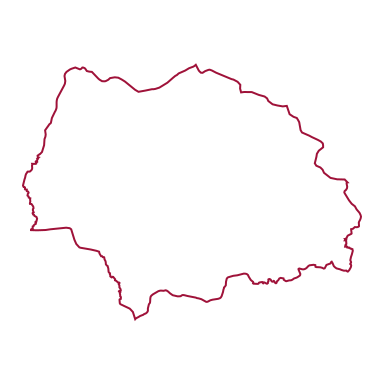 Saravane, Saravan, Laos (orthographic projection)
{"feature_id": "54806243B98474683656009", "entity_name": "Saravane", "entity_type": "district", "adm_level": 2, "iso_a3": "LAO", "parent_name": "Laos", "parent_adm1": "Saravan", "projection": "orthographic", "projection_center": [106.381, 15.692], "detail": "fine", "context": "isolated", "style": "outline", "palette": "rose", "viewbox_px": 384, "rotation_deg": 0, "n_neighbors": 0, "source": "geoboundaries", "source_scale": "gbopen_adm2", "svg_char_len": 5876}
<svg xmlns="http://www.w3.org/2000/svg" viewBox="0 0 384 384"><path d="M296.8,118.0L293.5,116.8L289.6,114.2L286.8,105.9L282.8,106.4L277.5,105.5L272.6,104.3L268.3,101.0L267.1,98.4L264.6,96.5L258.8,94.9L251.8,92.1L244.1,92.0L241.1,92.4L240.1,88.6L240.3,84.8L237.6,81.8L233.5,79.6L231.5,79.1L216.1,72.7L211.7,70.4L209.7,69.7L208.4,69.9L205.2,71.1L202.6,72.8L200.9,72.7L199.4,71.3L198.7,70.4L195.8,64.8L194.4,66.0L193.2,66.7L189.1,68.2L185.1,70.6L178.7,73.4L176.8,75.1L175.4,75.8L173.1,77.7L167.4,82.7L159.4,87.6L155.4,88.9L153.6,89.2L152.0,89.2L145.2,90.6L138.5,91.8L135.1,89.8L124.9,81.5L121.7,79.5L118.3,77.7L114.8,77.3L110.1,78.1L108.2,79.8L105.9,81.0L104.9,81.3L102.1,81.2L99.6,79.7L98.4,78.7L91.9,71.9L89.1,71.6L86.8,71.0L85.4,68.9L84.6,68.1L83.0,67.5L82.4,67.5L81.4,68.6L80.5,69.2L79.8,69.3L75.3,67.5L71.4,68.8L69.9,69.5L66.5,71.9L65.0,73.9L64.5,76.0L65.3,81.0L64.9,83.7L64.1,85.5L58.1,96.7L57.2,98.6L56.8,100.2L56.6,102.0L56.6,106.6L56.5,108.0L56.1,109.3L55.6,110.6L54.9,111.8L51.9,118.0L50.9,122.8L50.5,123.4L49.5,124.1L45.1,130.3L45.7,134.5L45.4,136.7L44.5,139.1L44.1,145.2L42.0,152.0L40.0,154.1L39.5,154.2L38.9,154.8L37.6,155.6L37.8,157.3L38.6,157.5L37.4,158.5L37.9,158.9L37.1,160.0L37.2,161.9L36.9,162.0L36.2,161.2L35.9,161.3L35.7,161.6L35.9,162.5L36.3,163.0L36.2,163.6L35.6,163.9L34.8,163.9L32.1,163.8L32.3,164.8L32.0,165.7L32.2,167.6L32.1,168.9L31.4,170.2L29.8,171.6L27.7,171.6L27.4,171.8L27.2,172.4L26.2,173.7L25.6,175.2L25.1,177.7L24.5,179.4L23.5,183.4L23.0,185.5L23.1,186.0L23.6,186.5L23.7,187.0L24.4,187.0L25.0,187.5L24.9,189.1L25.1,189.4L26.8,189.6L26.7,190.6L26.8,191.1L27.3,191.4L28.1,191.6L28.6,192.6L28.4,193.2L27.8,193.9L27.5,195.6L28.6,196.5L28.7,197.5L29.2,197.7L29.5,198.1L30.3,198.3L30.1,199.5L30.3,201.4L29.9,203.3L30.0,203.9L31.5,204.0L33.1,206.3L33.4,207.1L33.5,208.3L32.9,209.1L32.9,210.5L33.7,212.4L33.3,212.7L32.7,212.9L32.6,213.3L33.2,214.6L34.0,214.8L34.4,215.8L36.5,217.0L37.1,218.7L36.4,221.4L35.7,221.7L35.4,222.1L35.5,222.6L36.0,222.8L35.7,224.0L34.7,224.4L33.6,225.5L33.5,226.2L32.7,226.5L32.6,227.9L32.8,228.8L32.5,229.0L32.1,228.8L31.2,229.3L31.0,229.6L31.0,230.1L37.0,230.3L45.6,230.0L50.3,229.3L66.2,227.7L69.7,228.2L71.2,229.3L74.4,239.7L76.3,244.0L79.4,247.4L80.8,247.8L90.7,249.5L96.4,250.8L99.1,251.7L99.5,253.5L101.1,256.2L102.1,256.2L102.8,257.1L103.9,257.1L104.2,257.4L104.6,259.6L105.3,260.7L105.7,262.0L105.9,264.3L106.7,265.4L107.7,266.1L107.9,267.2L108.3,268.4L108.6,271.9L109.1,272.6L110.0,273.3L109.8,274.1L110.4,275.6L110.3,276.4L111.6,277.4L112.0,277.3L112.6,276.8L113.2,276.9L115.1,279.2L115.0,280.3L116.3,280.9L117.8,282.3L119.2,282.6L119.5,282.9L119.4,283.3L118.7,283.8L118.7,284.2L119.4,285.4L119.4,287.4L120.4,288.8L120.8,290.3L120.7,290.6L119.2,291.0L118.9,291.3L119.1,291.7L120.3,292.3L119.8,293.7L120.2,294.8L120.2,296.3L120.7,296.7L120.9,297.2L120.8,298.9L119.7,299.3L119.5,299.7L119.8,303.2L120.4,304.2L129.7,308.6L130.6,309.5L132.9,312.0L135.2,319.2L136.0,318.3L138.5,317.0L140.1,316.0L143.2,314.8L144.4,313.9L145.5,313.6L146.5,312.9L147.4,311.9L147.9,310.8L147.9,308.4L148.9,304.3L149.9,302.9L150.1,302.0L150.3,298.4L150.6,296.8L151.3,295.7L153.0,294.3L158.3,291.2L159.9,290.7L161.0,290.6L163.5,290.8L165.7,290.3L166.7,290.6L168.2,291.6L170.0,293.3L172.7,295.2L177.4,296.3L179.3,296.3L180.6,296.2L182.1,295.2L182.9,295.0L184.4,295.2L187.5,296.0L195.8,297.6L196.9,298.1L198.7,298.4L201.4,299.2L206.1,301.8L206.9,301.9L208.1,301.5L210.3,300.3L212.5,299.7L218.2,298.8L219.9,298.2L220.8,297.5L221.6,296.2L223.0,292.0L223.5,289.4L223.9,288.5L224.0,287.5L225.0,286.5L225.8,285.3L226.0,281.8L226.7,278.8L227.4,277.8L228.1,277.3L233.3,275.8L237.3,275.3L243.9,273.6L245.4,273.7L246.7,274.0L247.9,274.9L248.8,276.8L250.8,280.0L253.1,281.9L253.3,282.5L253.0,283.3L253.2,283.5L253.6,283.7L257.9,283.9L258.6,283.5L258.9,282.8L259.3,282.5L262.2,282.0L262.6,282.2L262.8,283.0L263.1,283.3L263.3,283.3L263.5,282.4L263.8,282.3L264.8,282.6L266.5,283.6L267.1,283.7L267.9,283.1L267.9,282.1L268.5,281.1L268.3,279.8L268.4,279.4L269.2,279.0L270.0,279.2L270.7,279.7L271.5,281.1L272.1,281.6L272.9,281.7L273.7,280.9L274.0,281.0L275.1,282.8L275.6,283.2L276.1,283.2L276.6,282.7L276.9,281.4L278.2,280.3L279.3,278.5L280.6,277.9L283.5,278.4L283.8,279.8L285.8,281.1L286.3,281.2L289.2,280.4L291.0,280.3L292.4,279.7L294.0,278.5L296.7,277.6L298.2,276.7L299.8,275.6L300.2,274.9L300.3,273.8L298.5,269.5L298.6,268.8L299.3,268.5L302.3,269.3L303.9,269.3L305.1,268.9L306.4,268.1L308.5,265.9L309.6,265.3L313.5,264.8L315.3,265.1L315.5,266.8L316.3,267.1L320.3,267.3L322.2,267.8L323.8,268.6L324.7,268.3L326.5,264.9L330.4,263.5L331.2,262.0L331.7,261.7L332.6,263.2L333.8,266.1L334.9,267.2L336.5,268.4L340.0,269.3L341.6,270.0L344.0,270.7L346.4,270.6L346.9,271.2L347.8,271.6L349.2,270.2L350.8,267.3L351.2,265.7L351.0,264.8L350.2,264.0L350.4,263.4L351.0,262.8L351.1,262.1L350.3,260.2L351.0,256.9L351.8,254.6L352.8,250.8L352.4,249.1L351.8,249.1L351.3,248.7L350.5,248.7L349.5,247.7L349.0,247.9L348.7,247.6L347.8,247.6L347.5,247.1L347.0,247.3L346.7,246.7L345.1,246.7L345.4,245.2L346.1,244.8L345.9,244.3L346.3,243.8L346.4,243.2L346.2,242.5L346.3,241.9L346.0,241.2L346.2,240.1L345.7,240.3L344.9,240.3L345.3,239.6L344.9,239.0L345.7,238.9L345.9,238.5L346.4,238.3L347.5,236.0L348.0,235.5L351.4,233.8L351.6,233.4L351.1,229.2L352.9,228.8L354.8,227.1L357.0,227.2L358.3,226.8L358.9,226.4L359.0,225.7L358.8,222.6L359.1,221.7L360.1,219.8L360.6,218.5L361.0,216.7L360.6,215.1L359.5,212.8L356.6,209.4L354.9,206.3L351.7,203.8L349.0,200.3L344.6,193.1L344.3,192.3L344.7,191.0L346.1,189.8L347.0,188.2L347.2,186.6L346.6,183.6L346.7,182.5L347.5,182.4L344.7,179.5L337.1,179.3L330.5,177.9L324.0,172.8L322.6,169.7L320.4,167.5L316.3,165.7L314.8,163.3L316.4,156.9L316.9,153.8L318.8,150.7L323.1,147.3L323.1,145.3L322.8,143.4L320.8,141.5L317.9,139.9L311.9,137.1L309.3,135.7L302.0,132.5L300.6,130.1L299.2,122.2L298.1,120.1L296.8,118.0Z" fill="none" stroke="#9f1239" stroke-width="2"/></svg>